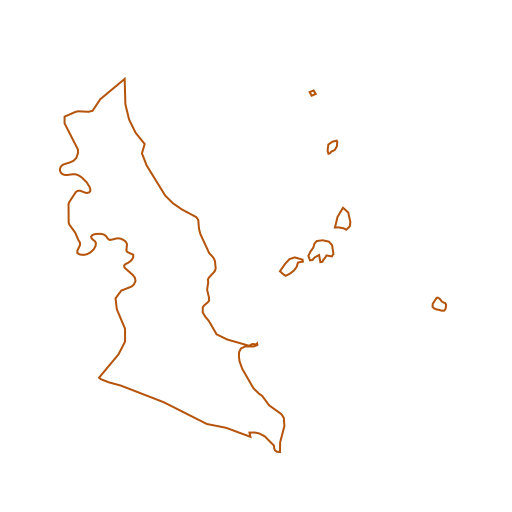 the Province of Messina, rotated 80°
{"feature_id": "ITA-5411", "entity_name": "Messina", "entity_type": "Province", "adm_level": 1, "iso_a3": "ITA", "parent_name": "Italy", "parent_adm1": "", "projection": "equal_earth", "projection_center": [14.885, 38.306], "detail": "fine", "context": "isolated", "style": "outline", "palette": "amber", "viewbox_px": 512, "rotation_deg": 80, "n_neighbors": 0, "source": "natural_earth", "source_scale": "10m", "svg_char_len": 3083}
<svg xmlns="http://www.w3.org/2000/svg" viewBox="0 0 512 512"><g transform="rotate(80 256 256)"><path d="M58.8,354.6L83.9,358.3L99.4,357.3L113.7,353.2L126.4,346.2L135.1,350.5L147.8,348.0L180.8,334.9L189.7,328.6L197.3,320.9L207.4,308.0L210.4,306.6L219.2,307.4L224.7,307.0L245.0,301.6L248.8,299.1L251.3,297.9L253.9,297.3L261.4,297.9L264.0,299.4L268.9,305.9L270.7,307.4L273.9,307.7L280.7,310.0L289.2,309.5L291.9,310.0L293.0,311.2L295.7,315.7L297.2,317.3L302.3,318.3L307.0,316.5L311.6,313.8L326.3,308.4L333.2,298.9L343.2,278.4L342.4,275.7L342.0,274.9L342.2,274.1L343.2,271.2L342.3,270.1L343.9,270.1L344.7,273.8L343.2,282.3L344.5,286.9L347.8,289.4L352.2,290.3L356.9,290.5L364.8,289.1L385.8,281.5L391.8,277.2L394.9,274.2L405.4,269.0L416.1,258.5L420.3,256.7L428.5,257.6L443.7,264.6L453.2,266.4L452.4,269.4L450.8,271.0L448.7,271.5L445.9,271.2L435.1,278.7L431.4,283.5L429.6,287.9L428.8,293.1L433.1,292.9L420.0,315.3L412.9,333.6L384.1,372.1L360.1,411.7L354.9,422.8L350.3,430.3L348.6,431.7L329.0,408.5L317.5,399.8L304.9,397.6L284.4,402.3L273.3,401.7L266.7,394.7L264.5,384.0L263.0,381.3L259.7,379.0L256.5,379.0L253.3,380.6L244.8,387.4L242.9,387.6L241.9,387.0L241.3,385.9L240.5,383.1L238.8,379.7L236.2,377.2L233.4,376.7L229.8,382.0L228.1,382.7L222.0,381.0L220.2,381.4L218.5,382.4L216.9,384.1L215.4,386.3L214.7,388.5L214.5,390.9L214.8,393.6L214.8,397.4L213.1,399.0L210.7,400.0L208.5,402.0L207.7,403.8L207.1,405.7L206.5,409.8L206.6,412.0L207.2,413.9L208.3,415.0L210.1,414.9L213.8,411.9L215.4,411.4L218.4,412.3L221.3,414.7L223.6,418.2L224.9,422.0L225.0,425.5L224.0,429.1L222.2,431.4L219.7,431.0L214.9,427.5L212.3,427.0L209.6,428.1L201.6,430.0L192.8,434.3L190.7,434.7L172.2,431.6L170.3,430.4L161.9,422.5L160.9,420.6L161.1,417.9L163.6,413.9L164.6,411.8L164.4,409.2L163.1,407.8L161.0,407.6L158.9,408.0L154.1,409.9L148.3,414.0L145.8,416.7L144.2,419.5L143.7,422.1L143.4,428.3L142.8,430.7L141.6,432.6L139.9,433.8L138.0,434.2L136.0,433.8L134.3,432.9L133.0,431.3L132.3,429.1L131.6,423.3L130.5,419.1L128.2,415.9L123.6,413.4L120.1,412.9L92.1,421.5L85.5,420.3L82.8,409.1L82.6,406.0L84.9,395.9L84.6,391.7L74.6,382.2L58.8,354.6ZM254.0,196.3L251.8,193.6L252.1,187.6L254.5,181.7L258.6,179.2L267.4,179.4L269.6,181.4L267.7,186.5L269.5,188.0L271.8,190.6L273.2,191.5L273.2,193.7L266.0,193.7L267.4,197.9L268.3,199.5L269.7,200.9L269.7,203.5L265.0,204.4L261.2,201.7L257.7,198.1L254.0,196.3ZM242.1,169.9L241.7,173.3L231.6,168.9L223.6,161.9L229.2,157.6L239.0,157.2L243.1,158.5L245.8,162.6L244.4,164.1L243.6,165.8L242.1,169.9ZM269.7,210.8L269.7,215.8L274.0,218.0L277.0,221.3L279.2,225.5L280.7,230.3L278.3,232.6L275.2,235.1L269.0,228.9L264.9,223.6L264.1,218.1L267.7,210.8L269.7,210.8ZM339.5,77.9L341.3,78.8L342.5,80.1L342.0,82.9L340.7,85.3L340.0,87.5L338.6,89.7L336.7,91.0L333.7,90.2L328.6,85.4L328.6,84.1L330.5,82.2L333.0,81.0L334.4,79.4L335.3,77.8L337.0,77.3L339.5,77.9ZM165.3,160.1L166.3,163.8L167.8,165.6L167.9,166.9L164.7,167.2L158.8,165.4L156.7,160.9L156.4,156.5L157.4,156.1L162.1,157.3L165.3,160.1ZM103.9,174.7L103.0,170.5L106.8,169.1L107.8,173.4L103.9,174.7Z" fill="none" stroke="#b45309" stroke-width="2"/></g></svg>